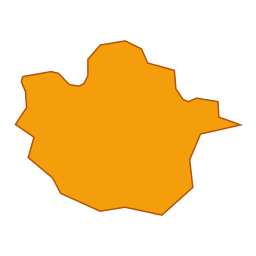 Bedford, Natural Earth projection
{"feature_id": "GBR-5698", "entity_name": "Bedford", "entity_type": "Unitary Authority", "adm_level": 1, "iso_a3": "GBR", "parent_name": "United Kingdom", "parent_adm1": "", "projection": "natural_earth1", "projection_center": [-0.481, 52.188], "detail": "fine", "context": "isolated", "style": "filled", "palette": "amber", "viewbox_px": 256, "rotation_deg": 0, "n_neighbors": 0, "source": "natural_earth", "source_scale": "10m", "svg_char_len": 517}
<svg xmlns="http://www.w3.org/2000/svg" viewBox="0 0 256 256"><path d="M60.7,193.4L52.6,178.0L28.2,157.6L34.0,137.2L15.4,124.5L26.6,107.5L25.5,91.6L21.3,81.8L22.7,76.6L51.2,71.6L58.6,73.4L69.2,84.6L79.0,86.2L84.1,83.4L87.9,75.6L87.9,59.2L100.4,45.0L125.2,40.9L141.6,49.0L147.6,63.0L174.4,70.4L175.9,89.0L183.2,99.6L188.5,101.7L196.5,98.1L218.0,101.7L218.8,117.1L240.6,124.9L200.5,134.0L189.7,159.7L192.8,187.4L161.9,215.1L124.8,207.2L100.1,211.2L60.7,193.4Z" fill="#f59e0b" stroke="#b45309" stroke-width="1.5"/></svg>